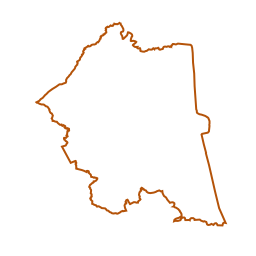 the district of Wa East, Upper West, Ghana, rotated 265°
{"feature_id": "2480657B52594370214383", "entity_name": "Wa East", "entity_type": "district", "adm_level": 2, "iso_a3": "GHA", "parent_name": "Ghana", "parent_adm1": "Upper West", "projection": "natural_earth1", "projection_center": [-2.09, 10.084], "detail": "fine", "context": "isolated", "style": "outline", "palette": "amber", "viewbox_px": 256, "rotation_deg": 265, "n_neighbors": 0, "source": "geoboundaries", "source_scale": "gbopen_adm2", "svg_char_len": 5721}
<svg xmlns="http://www.w3.org/2000/svg" viewBox="0 0 256 256"><g transform="rotate(265 128 128)"><path d="M215.3,103.8L214.5,103.3L214.1,101.9L214.2,101.0L214.1,99.6L213.8,98.7L213.2,98.2L212.7,97.1L212.7,95.9L213.3,95.5L213.2,95.2L212.5,94.5L211.2,91.6L210.9,91.6L211.0,92.2L210.6,92.3L210.1,91.0L209.5,91.1L208.4,90.0L207.5,90.0L207.0,90.4L205.7,89.7L205.2,88.6L204.7,88.8L203.3,87.8L202.3,86.6L200.3,86.0L199.7,85.3L198.6,83.1L198.0,83.1L197.2,83.6L196.1,83.0L195.5,83.0L195.2,82.5L193.5,80.8L192.6,80.6L191.6,80.0L188.4,76.7L186.5,75.5L185.7,74.3L184.6,73.5L183.0,71.6L181.2,70.5L179.8,70.5L178.6,70.0L178.1,68.4L178.0,67.5L177.5,66.6L177.3,65.3L177.5,63.9L177.4,63.4L175.4,60.0L173.4,56.0L171.0,52.0L168.7,49.4L168.3,48.6L165.4,45.6L164.3,43.5L162.8,42.0L161.6,39.0L161.2,39.3L161.1,40.2L160.6,40.8L159.6,42.4L158.9,44.2L158.9,45.4L158.5,46.4L156.8,48.1L156.6,48.9L156.0,49.8L153.6,51.2L153.2,51.4L152.8,51.1L150.4,51.8L149.6,52.4L149.2,53.2L148.7,53.5L146.9,54.2L144.8,53.3L144.2,52.8L142.8,53.5L141.6,53.5L141.4,54.9L140.7,56.1L140.4,57.7L139.2,58.4L137.2,60.4L137.0,61.1L137.3,61.9L137.2,62.2L136.3,62.4L135.8,62.8L135.8,63.6L136.4,64.0L135.6,65.3L135.3,65.6L134.3,65.7L133.9,65.0L133.2,65.6L133.0,66.2L133.2,67.5L133.0,67.9L132.7,67.5L132.4,67.5L132.2,69.1L130.6,69.1L130.3,68.7L130.3,67.5L130.0,67.3L128.9,67.3L128.2,66.9L127.1,66.9L125.9,66.0L125.5,66.2L125.3,67.0L124.9,67.1L124.2,65.8L123.6,65.4L123.7,63.5L123.1,63.3L122.0,63.5L121.5,64.2L120.4,64.8L120.2,65.3L119.3,66.2L118.9,66.4L118.3,66.2L118.0,65.7L118.3,65.7L117.0,65.2L116.0,64.4L115.2,60.6L98.3,67.9L99.8,72.7L99.7,73.0L99.4,73.1L98.3,72.9L98.0,73.4L97.5,73.4L96.7,72.7L96.5,72.9L95.6,72.9L95.3,73.2L94.0,73.0L93.0,73.2L92.7,72.9L92.0,72.9L90.2,78.2L89.2,80.4L87.9,82.6L88.5,82.8L88.8,83.2L88.8,84.0L88.5,84.8L88.2,85.1L87.6,85.2L87.0,84.7L84.8,86.8L82.5,87.1L82.2,88.5L81.5,89.6L81.7,90.3L81.3,90.8L81.3,91.6L80.7,92.3L80.8,92.7L80.6,93.0L80.0,93.0L78.4,91.7L78.1,90.8L77.7,90.0L77.8,89.2L76.9,89.0L76.5,88.4L76.6,88.0L75.1,86.1L74.7,85.3L72.7,84.2L71.6,85.1L70.8,85.0L69.8,85.7L68.9,85.8L66.1,85.2L65.1,86.0L63.3,85.6L63.1,85.9L62.5,85.6L62.1,84.8L61.1,84.3L60.8,84.7L60.2,84.6L60.1,84.9L59.5,84.9L58.2,86.1L55.6,85.7L55.0,87.1L54.5,87.5L53.8,89.4L52.8,89.9L52.7,90.4L52.4,90.5L52.6,91.5L52.5,92.1L51.3,93.9L50.5,94.9L49.9,98.2L48.8,99.2L48.1,99.5L47.7,99.9L47.3,101.2L45.9,102.4L45.2,103.9L44.6,104.4L44.1,105.9L44.2,108.5L43.6,109.6L43.6,110.3L44.6,112.7L45.2,113.5L45.9,115.4L45.8,115.7L45.5,115.9L45.8,119.0L48.6,118.1L51.1,117.8L52.4,118.4L53.0,119.7L53.7,119.8L54.6,119.1L56.3,120.1L56.6,121.2L55.7,121.8L55.0,121.8L52.8,123.1L52.2,123.2L52.0,123.4L53.6,127.3L53.4,128.8L52.9,129.9L52.8,131.4L53.6,131.5L54.4,132.2L55.2,133.6L55.9,134.2L57.3,133.4L58.4,133.5L58.9,133.8L60.0,133.2L60.8,133.2L63.0,133.9L63.4,134.5L63.9,134.7L64.3,135.5L65.1,135.4L65.3,135.7L65.6,135.5L66.1,135.9L66.6,135.6L67.0,136.1L66.9,136.3L67.2,136.5L67.0,136.9L66.1,137.8L65.7,137.9L65.8,138.3L64.9,138.8L64.3,140.2L64.0,140.6L62.9,141.0L61.7,142.5L61.2,144.5L61.4,147.9L61.9,150.1L62.4,151.0L63.1,153.7L61.9,155.4L62.2,156.7L60.0,156.8L57.2,157.9L55.4,159.9L53.2,160.9L49.8,163.3L50.1,164.2L50.1,166.1L49.6,167.0L49.0,167.6L47.9,167.6L46.0,166.8L45.8,166.4L45.7,166.9L44.8,167.9L44.4,169.0L42.7,171.1L41.6,171.8L41.2,172.3L40.2,172.4L39.4,173.1L37.6,173.8L35.3,173.7L34.9,172.3L34.4,172.2L33.6,168.3L33.2,167.3L32.4,166.2L31.1,165.8L31.4,166.8L31.1,169.6L31.6,172.2L33.1,173.1L34.0,174.5L33.9,176.3L33.2,176.9L31.3,177.1L31.0,180.9L30.7,181.5L31.4,181.6L31.9,182.0L32.7,183.1L32.5,185.1L31.3,186.5L30.6,186.4L30.5,191.5L29.4,192.6L28.2,195.0L28.5,195.8L27.6,197.8L25.1,198.4L24.7,198.8L24.4,199.7L24.5,201.3L25.2,202.7L24.0,204.7L24.9,205.5L25.4,206.4L25.5,207.4L24.7,208.2L23.3,208.7L22.7,213.6L24.6,214.3L25.2,214.9L25.3,215.6L24.9,217.0L40.2,211.8L57.1,209.2L83.9,205.5L94.3,203.7L96.2,203.4L96.5,203.6L105.1,202.1L115.1,200.7L115.7,201.3L116.4,207.1L117.5,208.3L123.1,209.4L123.9,209.2L125.3,209.6L127.8,209.8L130.9,208.9L131.8,208.1L131.9,207.7L132.3,207.4L133.4,205.8L134.9,202.4L135.5,200.3L136.8,198.4L137.4,198.0L139.5,198.0L140.6,197.6L163.8,198.0L176.5,198.7L187.4,198.5L197.1,199.0L202.3,198.9L204.4,198.5L205.4,197.6L206.2,193.2L207.7,185.2L207.6,184.5L207.2,183.7L207.1,182.8L207.7,180.9L207.7,179.9L207.3,179.8L206.6,178.7L206.1,178.7L205.8,178.0L205.6,178.0L205.7,177.9L205.3,177.5L205.5,176.7L205.2,176.6L205.8,175.6L205.9,175.0L205.5,173.6L205.9,172.0L205.8,171.1L205.6,170.6L205.0,170.1L203.7,169.5L203.5,167.8L203.2,166.7L203.6,165.9L205.0,165.4L205.3,165.1L204.8,164.0L205.0,162.1L204.8,161.5L204.1,161.2L205.2,160.1L204.0,158.6L204.2,156.7L204.6,155.6L203.2,153.4L203.1,152.2L202.6,151.0L202.8,149.4L203.5,147.3L203.9,147.0L205.4,147.2L206.5,146.8L206.3,145.2L206.5,144.7L207.5,143.7L208.0,144.2L208.1,142.2L209.0,140.9L210.1,140.1L210.5,140.3L212.1,142.9L213.0,143.7L213.6,143.1L214.4,141.0L214.3,138.8L214.5,138.4L215.3,138.4L217.2,139.0L218.5,139.6L218.8,140.1L219.4,140.3L220.8,140.1L221.9,139.1L223.2,137.1L223.3,136.3L221.3,135.6L220.3,135.0L217.2,131.2L217.3,130.5L219.9,130.3L222.6,129.1L223.9,129.3L224.3,130.0L224.6,131.4L225.4,131.9L227.0,132.0L230.2,130.7L231.4,129.9L232.8,129.7L233.0,128.6L233.3,128.5L232.3,126.7L232.5,126.2L232.4,125.8L232.6,125.2L232.5,124.8L233.1,123.5L232.5,123.3L232.3,122.5L231.1,121.8L231.1,120.7L231.7,119.6L230.5,118.0L230.2,116.4L230.6,116.2L229.8,114.8L229.2,114.4L228.1,114.8L227.2,114.2L226.5,114.7L225.0,114.7L224.1,113.1L223.7,113.1L223.4,112.8L223.1,112.1L223.3,111.7L222.5,111.3L222.4,110.3L221.8,109.7L221.8,109.0L221.4,108.7L220.6,108.9L220.2,108.5L219.5,108.5L219.4,108.0L217.2,106.9L216.8,106.3L216.0,105.8L216.2,105.1L215.3,103.8Z" fill="none" stroke="#b45309" stroke-width="2"/></g></svg>